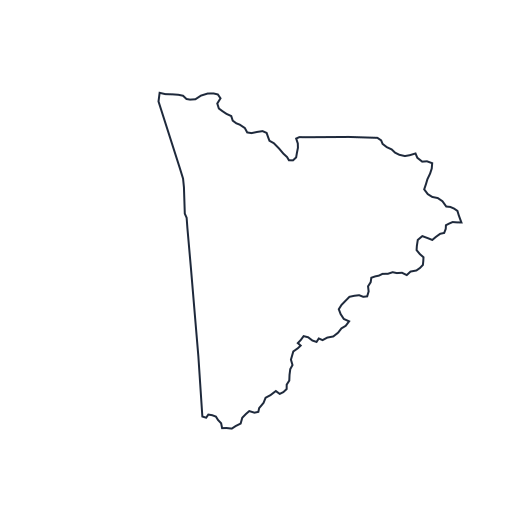 the district of Duas Barras, Rio de Janeiro, Brazil, rotated 209°
{"feature_id": "56859067B69837408110296", "entity_name": "Duas Barras", "entity_type": "district", "adm_level": 2, "iso_a3": "BRA", "parent_name": "Brazil", "parent_adm1": "Rio de Janeiro", "projection": "mercator", "projection_center": [-42.522, -22.035], "detail": "fine", "context": "isolated", "style": "outline", "palette": "slate", "viewbox_px": 512, "rotation_deg": 209, "n_neighbors": 0, "source": "geoboundaries", "source_scale": "gbopen_adm2", "svg_char_len": 2251}
<svg xmlns="http://www.w3.org/2000/svg" viewBox="0 0 512 512"><g transform="rotate(209 256 256)"><path d="M419.4,352.0L416.2,343.9L365.1,295.8L357.3,288.3L352.3,281.1L338.8,258.5L335.2,255.8L329.7,247.4L306.4,212.9L282.3,176.9L257.7,140.2L225.1,89.6L221.2,90.4L220.8,94.2L217.2,95.5L213.2,96.1L209.8,94.2L205.4,92.8L202.2,89.0L198.5,91.2L193.5,93.3L191.3,97.5L188.2,102.0L189.6,107.9L188.2,113.0L186.7,117.1L181.4,118.2L178.4,120.8L179.5,124.5L178.2,131.2L178.9,136.7L175.9,141.3L173.2,147.5L168.4,146.9L166.1,150.2L164.7,154.5L166.8,158.4L166.5,163.2L169.1,168.4L171.2,173.7L171.2,178.3L175.2,182.3L177.1,190.6L174.6,195.8L173.5,199.3L177.2,200.1L176.1,204.3L175.5,209.0L171.0,210.2L165.7,209.4L161.4,210.2L161.1,214.3L157.0,214.7L154.1,219.2L149.4,223.1L147.0,228.8L146.2,234.1L143.7,238.4L142.9,244.0L148.7,243.5L153.8,246.2L157.8,249.6L157.5,254.7L156.2,259.5L154.5,265.6L150.7,268.9L146.8,271.7L142.4,272.3L139.2,274.6L140.3,279.6L143.3,283.8L143.0,288.7L144.6,292.9L141.8,296.0L139.0,298.4L136.7,301.7L132.0,304.4L128.6,308.1L124.6,309.3L120.2,312.1L114.9,312.4L113.3,317.3L108.7,321.1L106.8,325.0L105.7,329.1L107.2,332.6L108.9,336.1L113.6,337.1L118.4,339.0L120.2,342.8L122.3,348.5L120.2,354.0L114.4,354.9L109.6,355.5L107.9,360.0L105.7,364.7L102.6,367.4L103.2,371.7L104.8,375.0L102.8,378.0L100.5,381.0L96.4,382.9L92.6,384.9L95.3,387.2L98.5,390.0L101.7,393.1L105.8,393.5L109.9,393.1L113.6,391.5L119.5,394.3L125.1,394.8L130.5,393.1L135.8,393.4L141.2,395.8L142.2,401.3L143.3,406.2L143.7,412.5L144.7,417.7L146.9,422.6L152.4,421.7L156.4,419.1L162.5,420.1L166.2,423.0L170.4,418.7L174.2,415.6L179.7,414.0L184.5,413.8L189.0,415.0L194.4,414.6L199.6,415.4L202.6,417.8L207.1,418.2L232.4,405.2L270.6,383.7L275.7,381.0L277.8,378.2L274.0,374.7L271.8,371.0L270.2,366.0L268.7,361.7L270.0,357.6L273.6,355.7L276.8,357.6L281.7,358.8L288.0,361.2L295.1,363.3L300.1,363.3L302.8,365.6L306.4,368.8L310.8,368.4L315.1,365.1L319.5,361.3L323.6,359.8L327.8,362.5L333.9,363.0L337.6,362.5L342.0,363.1L345.5,366.4L350.7,366.0L355.6,366.4L360.0,367.0L363.8,370.6L363.5,376.7L367.7,378.8L371.9,377.6L377.0,374.7L381.9,369.6L385.0,363.7L389.5,360.8L392.9,359.6L397.5,360.8L402.0,359.4L407.2,357.0L413.8,353.6L419.4,352.0Z" fill="none" stroke="#1e293b" stroke-width="2"/></g></svg>